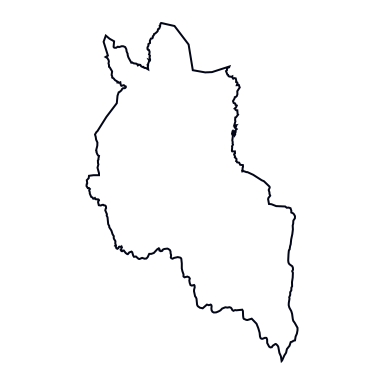 Namarroi, Zambezia, Mozambique (Equal Earth projection)
{"feature_id": "85939544B64189871111735", "entity_name": "Namarroi", "entity_type": "district", "adm_level": 2, "iso_a3": "MOZ", "parent_name": "Mozambique", "parent_adm1": "Zambezia", "projection": "equal_earth", "projection_center": [36.824, -15.87], "detail": "fine", "context": "isolated", "style": "outline", "palette": "ink", "viewbox_px": 384, "rotation_deg": 0, "n_neighbors": 0, "source": "geoboundaries", "source_scale": "gbopen_adm2", "svg_char_len": 5934}
<svg xmlns="http://www.w3.org/2000/svg" viewBox="0 0 384 384"><path d="M105.8,35.6L103.6,41.8L107.9,55.6L105.6,57.0L107.4,58.1L108.6,60.2L108.9,61.7L108.5,63.3L109.0,65.0L109.0,66.8L109.8,67.4L112.1,71.4L111.6,75.1L112.2,76.2L112.2,77.6L113.5,78.3L115.1,80.2L117.8,81.8L117.5,82.5L119.0,82.8L120.3,82.3L120.7,84.7L121.4,85.8L123.8,85.2L125.0,86.2L125.7,86.4L125.9,87.0L125.4,87.8L124.7,88.2L123.1,88.2L122.1,89.0L121.4,90.4L119.5,92.0L118.7,92.3L117.5,95.8L116.8,103.2L106.4,116.9L97.4,131.2L96.4,132.1L95.0,134.5L95.7,136.8L96.1,139.6L97.4,142.5L97.3,145.7L96.1,150.5L96.6,151.2L96.4,151.9L97.3,154.2L98.1,155.5L99.0,155.9L98.4,158.8L98.5,159.6L97.9,160.4L98.0,163.2L98.4,164.3L97.5,167.7L99.0,173.2L99.0,175.2L93.5,175.2L89.0,175.8L88.7,178.2L86.8,180.2L87.2,183.1L87.1,183.8L86.7,184.1L86.5,186.0L87.8,188.1L88.9,188.0L89.9,189.0L89.3,189.9L89.2,190.7L89.7,191.9L89.8,193.6L91.2,196.9L92.5,197.5L93.2,198.7L93.9,198.7L94.9,198.0L95.6,199.2L98.4,199.4L98.8,199.7L99.0,200.4L98.2,201.2L98.1,202.4L98.8,205.2L100.8,205.5L102.2,204.9L103.5,204.9L103.8,205.3L105.1,205.5L105.9,206.3L106.1,208.1L105.6,208.9L105.3,210.4L106.9,214.2L106.7,215.7L107.5,217.2L108.2,224.1L109.2,226.0L109.3,227.3L111.4,230.6L112.6,234.3L113.8,236.2L113.7,237.7L113.9,238.7L115.4,241.2L115.3,243.5L115.8,245.0L115.3,245.6L115.9,245.8L115.7,246.7L116.3,247.5L116.4,248.3L117.3,248.8L118.3,248.2L119.0,246.8L120.0,246.6L121.3,247.1L121.6,246.7L121.9,247.4L121.4,248.0L121.3,249.4L120.7,249.9L121.5,251.1L122.3,251.2L123.3,250.5L123.8,250.5L125.7,253.0L127.3,254.1L127.9,254.1L129.3,252.4L131.5,251.6L132.2,252.2L133.2,255.6L134.0,256.8L135.9,256.5L138.5,258.8L139.5,259.0L142.1,257.9L144.6,258.7L146.4,258.5L147.7,257.1L149.2,253.9L151.2,253.9L153.8,253.0L157.2,249.3L158.8,248.3L159.6,249.4L159.3,250.1L159.4,250.5L160.7,251.2L161.9,251.0L162.4,250.6L162.6,249.8L164.2,249.0L167.3,248.6L168.2,248.9L169.8,250.0L170.5,251.4L170.6,253.4L171.1,255.1L170.8,257.5L171.4,258.3L172.6,258.7L174.1,257.9L177.8,257.1L180.1,257.6L180.7,257.9L181.3,258.8L181.8,263.4L181.8,268.5L182.4,271.2L183.5,274.3L183.5,276.5L184.5,277.3L187.4,276.6L189.0,277.3L189.8,278.5L189.3,280.4L189.7,282.9L190.5,285.1L191.8,285.6L194.1,285.0L194.5,285.5L194.7,287.3L194.1,289.6L194.0,291.2L195.1,296.3L196.0,297.5L196.5,298.8L197.1,304.8L197.8,306.2L199.9,307.7L202.7,308.3L206.9,304.6L208.8,305.2L210.7,304.6L211.3,305.1L211.6,306.1L211.4,308.6L211.6,310.3L212.5,311.8L213.8,312.5L216.1,312.4L218.8,311.3L220.5,310.3L222.1,308.6L225.3,307.3L227.6,307.6L229.3,307.2L230.7,307.6L231.5,308.4L232.3,310.0L233.4,310.8L235.1,310.1L236.4,310.3L242.2,309.7L242.9,311.0L243.1,315.8L243.4,318.0L243.8,318.8L246.3,319.9L247.5,320.0L251.7,318.7L256.5,323.7L258.3,328.2L259.6,332.7L260.0,336.5L260.6,338.1L261.4,338.7L262.5,338.8L265.0,337.8L266.4,337.9L267.1,339.4L267.2,343.0L269.1,346.6L270.3,347.4L271.8,347.2L272.8,345.7L275.4,344.0L276.2,344.2L277.6,345.6L278.3,346.9L279.4,352.9L280.9,356.3L281.6,361.0L282.1,360.5L284.3,355.5L286.1,352.7L286.9,349.1L289.5,345.8L290.7,342.1L292.6,341.5L293.3,340.8L295.0,340.4L295.6,336.6L296.9,333.6L297.5,330.3L297.5,327.8L294.7,322.8L293.3,320.9L292.8,319.1L292.1,313.9L291.3,311.2L289.3,307.5L288.7,305.1L288.8,302.8L289.5,298.7L289.2,297.3L290.2,295.0L290.2,292.2L291.3,290.4L291.4,287.6L292.1,286.3L292.0,282.2L292.7,277.6L292.9,272.8L292.2,271.1L293.0,269.8L292.9,267.8L292.3,266.3L289.4,264.2L288.5,262.7L288.2,260.5L288.5,254.3L288.8,251.0L289.0,250.1L289.6,249.5L290.1,246.2L290.7,244.2L291.2,239.3L292.3,234.2L292.9,229.4L292.7,225.6L293.2,223.6L293.3,221.2L293.4,220.5L294.9,218.3L295.0,216.2L294.0,214.3L293.2,213.4L291.3,212.5L291.3,210.6L290.5,208.2L288.7,207.6L286.7,207.7L285.2,206.5L276.2,206.1L271.4,204.2L269.0,204.0L268.1,199.1L268.5,197.8L270.2,195.7L269.5,193.9L269.4,192.2L268.7,190.0L269.7,187.6L269.5,186.6L263.9,181.2L261.8,180.3L253.2,174.8L247.4,172.1L246.4,172.1L243.6,171.1L242.3,171.4L242.1,170.4L242.6,169.8L242.6,167.9L243.0,166.9L242.9,165.1L240.2,164.8L239.2,162.7L237.1,162.3L236.5,160.9L236.2,160.9L236.5,159.7L236.4,158.8L234.8,157.3L235.1,156.5L234.1,154.5L234.1,154.2L235.0,153.4L234.9,151.4L232.5,151.4L232.1,151.3L231.9,150.6L232.2,147.1L232.0,146.3L233.0,144.6L232.6,143.6L232.7,142.0L232.3,140.4L232.9,135.8L232.0,133.8L232.6,131.1L233.0,130.7L233.6,131.4L233.5,133.1L233.7,133.7L234.5,134.3L234.7,135.2L235.2,134.4L235.0,133.7L235.7,131.8L235.1,130.8L236.7,129.1L235.4,128.1L235.8,127.0L235.2,127.5L234.7,127.3L234.9,125.9L235.6,125.3L234.2,125.5L235.4,121.4L235.1,120.1L235.3,117.5L236.1,117.2L238.1,114.6L237.6,114.0L237.3,110.3L236.3,110.3L235.6,109.8L235.3,108.9L234.7,108.6L236.2,107.0L236.8,105.5L235.5,104.9L235.2,103.5L233.7,103.0L233.0,101.1L234.6,98.3L234.8,97.2L236.0,96.8L236.8,96.0L237.4,94.3L237.3,91.2L239.7,87.5L238.8,84.9L237.8,84.6L237.3,85.2L236.8,85.2L237.5,83.2L237.2,82.4L236.1,82.0L236.2,80.4L235.7,78.4L234.2,78.1L233.2,78.7L232.3,77.4L232.3,76.4L231.5,76.8L229.2,76.5L228.4,75.9L228.1,74.9L227.4,74.6L226.0,71.1L226.9,70.3L227.0,69.0L227.9,67.5L229.1,67.3L229.4,66.5L212.0,72.1L205.2,72.4L192.8,70.2L188.6,44.5L174.5,26.0L161.1,23.0L160.5,23.7L160.2,25.3L159.7,25.8L160.1,26.4L159.2,28.7L158.3,28.9L157.8,30.0L157.8,30.8L157.2,31.7L155.2,33.5L154.1,34.0L153.7,35.4L152.8,36.3L152.8,37.5L152.4,38.3L150.9,38.6L149.9,40.7L150.0,43.0L148.4,44.1L148.4,45.8L147.6,47.1L147.4,48.1L147.7,48.5L147.6,49.3L148.4,50.1L149.0,50.1L149.6,51.9L149.4,53.5L149.0,54.4L149.9,55.5L149.8,56.5L149.5,57.0L150.1,59.7L150.0,60.3L148.8,59.8L149.3,60.7L148.1,63.9L148.1,64.7L147.6,65.0L148.1,65.9L147.8,66.6L148.2,69.4L145.8,68.0L144.3,67.9L143.4,66.9L142.8,67.1L141.2,66.3L140.3,64.9L138.5,64.6L138.4,65.2L137.8,65.4L137.5,64.5L136.4,63.7L133.5,63.3L132.1,62.4L131.3,62.7L128.4,57.4L127.6,54.8L127.7,54.0L126.6,51.4L126.3,49.2L125.2,47.1L123.4,46.3L121.8,46.2L119.0,47.1L117.9,46.7L116.0,47.8L114.3,47.7L113.7,47.1L113.6,46.5L114.1,41.3L109.5,38.7L105.8,35.6Z" fill="none" stroke="#020617" stroke-width="2"/></svg>